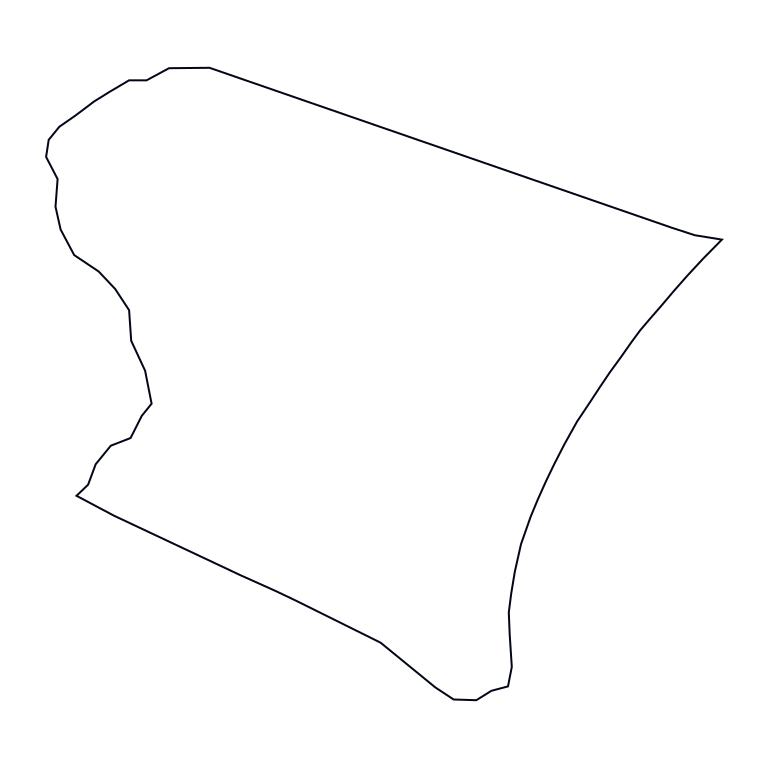 Feliz Deserto, Alagoas, Brazil (Robinson projection)
{"feature_id": "56859067B26079744538981", "entity_name": "Feliz Deserto", "entity_type": "district", "adm_level": 2, "iso_a3": "BRA", "parent_name": "Brazil", "parent_adm1": "Alagoas", "projection": "robinson", "projection_center": [-36.335, -10.29], "detail": "fine", "context": "isolated", "style": "outline", "palette": "ink", "viewbox_px": 768, "rotation_deg": 0, "n_neighbors": 0, "source": "geoboundaries", "source_scale": "gbopen_adm2", "svg_char_len": 864}
<svg xmlns="http://www.w3.org/2000/svg" viewBox="0 0 768 768"><path d="M169.0,68.2L146.6,80.3L129.1,80.3L109.3,92.0L94.2,101.4L75.9,115.2L59.4,126.7L48.7,139.8L46.1,156.9L57.6,179.1L55.5,206.7L60.6,229.5L74.2,255.1L98.7,271.5L115.2,289.0L129.1,310.2L131.2,340.8L145.1,370.7L151.6,403.7L141.8,415.8L130.6,438.0L110.8,445.7L95.7,464.2L88.1,484.7L76.5,495.8L113.8,515.6L240.2,575.1L275.4,590.9L295.2,600.3L380.6,642.7L435.3,687.4L453.6,699.5L476.3,700.2L491.4,690.8L508.0,686.4L511.8,666.9L509.7,634.6L508.8,612.4L511.2,593.6L514.8,571.8L521.0,544.2L530.7,516.6L537.8,499.5L546.1,481.0L554.4,463.8L564.4,444.3L577.1,421.5L588.6,404.3L600.5,386.2L609.6,372.7L621.1,356.9L631.2,342.5L640.1,330.4L649.8,319.0L661.3,305.8L673.5,291.4L686.5,276.6L703.0,258.8L721.9,239.6L694.7,235.2L671.1,227.5L209.5,67.8L169.0,68.2Z" fill="none" stroke="#020617" stroke-width="2"/></svg>